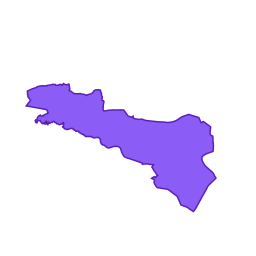 outline of Isidro Fabela, México, Mexico, rotated 217°
{"feature_id": "50627088B86808521330602", "entity_name": "Isidro Fabela", "entity_type": "district", "adm_level": 2, "iso_a3": "MEX", "parent_name": "Mexico", "parent_adm1": "México", "projection": "natural_earth1", "projection_center": [-99.413, 19.552], "detail": "fine", "context": "isolated", "style": "filled", "palette": "violet", "viewbox_px": 256, "rotation_deg": 217, "n_neighbors": 0, "source": "geoboundaries", "source_scale": "gbopen_adm2", "svg_char_len": 5732}
<svg xmlns="http://www.w3.org/2000/svg" viewBox="0 0 256 256"><g transform="rotate(217 128 128)"><path d="M227.0,93.1L226.8,92.7L222.5,91.5L222.6,84.4L204.1,93.7L201.2,92.3L201.5,92.1L201.1,91.2L202.4,88.8L202.6,88.4L202.6,88.2L203.4,87.0L203.0,86.7L203.4,86.2L203.6,86.0L203.6,85.9L203.9,85.6L204.4,85.4L204.8,85.4L205.1,85.3L205.3,85.3L205.5,85.5L205.8,85.5L205.8,85.3L206.2,84.8L206.3,84.5L206.4,84.0L206.6,83.6L206.6,83.1L206.6,82.2L206.5,81.9L206.4,81.2L205.9,80.4L205.9,80.1L206.1,79.5L206.5,79.1L206.6,78.6L206.6,78.3L206.5,78.1L206.2,78.2L206.0,77.8L205.5,77.2L205.3,77.0L204.3,77.0L203.8,77.4L203.8,77.7L204.0,77.9L204.1,78.0L204.4,78.3L204.5,78.5L204.4,79.2L204.2,79.7L204.1,79.8L204.0,80.1L203.0,80.4L202.5,81.2L201.6,80.6L201.0,80.3L199.0,79.9L198.5,80.4L198.8,80.7L198.0,81.6L198.0,80.8L196.4,81.4L196.8,82.4L197.7,82.2L197.6,84.2L197.3,84.4L196.7,84.0L196.0,83.2L195.0,82.3L194.2,82.4L194.4,82.8L195.1,83.9L194.3,83.8L194.6,85.1L193.4,84.7L192.4,86.6L191.9,86.8L191.6,88.1L191.3,88.6L190.8,88.9L190.3,88.7L190.1,88.5L189.8,88.4L189.5,88.4L189.1,88.6L188.7,88.7L187.4,88.5L187.1,88.6L186.9,88.7L186.5,89.1L186.3,89.2L185.7,89.2L185.2,89.2L184.8,89.3L184.6,89.5L184.0,90.7L183.2,91.4L183.0,92.0L183.2,93.0L183.0,93.3L182.8,93.4L182.5,93.1L182.0,92.9L181.7,92.6L181.7,91.8L180.5,90.6L180.4,90.3L180.9,89.8L180.9,89.7L180.5,89.4L179.4,89.5L178.8,89.4L178.3,89.1L178.1,89.2L177.1,89.8L176.9,89.8L176.5,89.7L176.3,89.7L175.9,90.2L175.5,90.4L174.6,91.3L173.6,93.2L172.7,93.7L172.5,93.8L172.2,94.2L171.4,94.0L171.0,94.2L170.5,94.0L170.3,94.3L169.6,94.1L169.4,94.0L169.1,94.2L168.6,94.3L168.4,94.2L168.0,94.3L167.6,94.1L166.8,94.7L166.8,94.8L165.5,95.6L165.2,95.6L165.0,95.3L164.3,95.0L162.5,95.4L162.1,95.3L161.2,95.4L159.9,96.0L159.6,95.7L159.1,95.8L158.6,96.1L156.9,95.6L156.0,96.2L155.6,96.5L155.4,96.6L155.3,97.0L154.7,97.4L154.3,97.7L154.0,97.6L153.6,98.0L152.8,98.5L152.2,99.2L151.8,99.0L150.1,99.3L149.7,99.4L149.0,99.7L147.4,101.5L146.0,102.6L145.5,102.6L144.3,102.7L143.7,102.5L143.2,102.0L141.6,100.4L141.1,100.1L140.6,99.7L140.4,99.6L140.0,99.5L139.2,99.2L138.8,99.2L137.9,99.3L137.6,99.4L136.8,99.9L136.4,99.9L135.3,99.9L133.8,99.7L133.0,99.8L131.7,100.2L131.3,100.5L130.1,102.0L128.3,104.7L127.1,105.7L125.4,106.9L124.6,107.2L123.2,107.5L122.5,107.5L121.8,107.2L119.3,105.5L118.8,105.0L117.3,104.2L115.9,103.6L115.1,103.4L113.8,102.9L112.5,103.0L111.7,103.2L108.0,104.5L107.1,104.8L100.2,107.1L98.2,107.7L97.5,107.9L97.0,108.1L96.0,108.5L94.6,107.7L93.6,108.9L92.2,109.8L91.4,110.8L89.8,111.6L88.8,111.9L85.6,114.0L85.4,111.2L84.1,110.7L82.1,109.8L80.1,109.2L78.4,108.6L75.7,107.9L76.3,107.4L76.1,106.6L76.2,106.3L76.1,106.0L76.4,105.7L76.2,105.1L76.9,105.0L77.3,104.5L77.7,104.8L78.1,104.2L78.8,102.4L78.9,101.9L78.6,101.9L78.0,102.1L77.2,102.3L76.0,102.4L75.6,102.2L75.1,102.0L74.9,101.1L74.5,100.3L74.0,99.9L72.9,99.3L72.4,99.1L72.1,98.9L71.3,98.6L69.6,98.1L68.9,98.0L68.5,98.1L68.2,98.3L59.3,103.0L47.5,103.0L39.4,98.4L37.4,99.0L34.8,99.8L34.0,100.0L33.8,100.2L32.4,100.3L28.5,100.4L25.5,100.7L25.4,103.4L25.6,104.0L25.6,105.5L25.7,106.2L25.9,106.8L26.2,109.6L26.6,111.8L27.0,114.8L27.3,116.8L27.8,120.4L28.6,126.6L29.0,128.3L29.2,130.4L27.6,140.9L28.3,141.3L29.0,141.4L29.7,141.7L32.0,142.9L34.4,143.6L35.3,143.7L35.7,143.6L37.1,143.7L38.4,143.8L40.6,144.0L42.3,144.1L44.1,144.4L46.4,145.3L48.2,146.1L48.7,146.4L50.5,147.8L50.7,148.2L51.2,149.0L51.3,149.2L51.4,150.6L51.1,151.5L50.3,153.8L49.9,154.5L48.6,156.6L46.5,159.7L46.2,160.2L46.1,160.5L46.2,160.9L46.8,161.9L49.1,165.2L49.9,166.2L53.4,170.0L54.4,171.6L55.6,172.5L56.3,172.3L56.6,172.3L57.2,172.1L57.7,172.2L58.3,172.5L58.7,172.7L59.6,173.7L60.0,174.1L61.9,177.3L62.2,177.9L62.7,178.6L66.9,178.6L70.0,178.6L71.5,178.5L71.8,178.4L72.1,178.1L72.4,176.9L72.5,176.3L73.2,176.4L77.8,179.0L80.9,177.8L87.8,175.3L91.6,169.5L92.3,167.8L93.0,165.6L93.6,163.9L94.6,161.8L94.6,161.6L95.1,161.2L96.6,159.1L98.0,157.8L99.0,156.7L100.6,155.6L101.0,155.5L101.7,155.0L102.5,154.6L107.5,151.2L115.8,146.2L116.7,145.7L118.2,144.8L120.7,143.9L121.4,143.8L121.7,143.7L122.2,143.3L122.7,143.1L123.5,142.3L123.8,141.9L126.0,140.6L127.7,139.7L128.3,139.5L129.0,139.3L129.6,139.0L130.6,140.1L131.1,140.5L131.6,138.7L132.3,138.6L133.4,138.2L135.1,137.6L142.2,139.8L144.8,138.0L147.7,135.7L148.3,135.2L151.1,133.2L152.3,132.1L153.7,131.0L154.7,129.9L156.2,128.2L157.8,127.0L158.6,127.5L159.2,127.9L160.0,129.1L160.4,130.0L161.3,131.1L161.9,132.1L162.6,133.7L162.7,134.2L164.0,135.1L164.5,134.4L165.6,134.6L165.8,134.7L166.1,135.2L166.3,135.8L166.4,136.1L166.7,136.6L167.3,137.4L167.8,137.7L168.7,138.1L169.1,138.4L169.7,139.4L172.1,140.9L172.6,141.6L172.8,141.7L173.4,141.4L173.9,141.0L174.7,140.7L175.1,140.4L175.9,139.8L176.6,139.1L176.9,138.8L177.4,137.8L177.6,137.2L177.4,135.3L177.4,134.9L177.6,134.4L178.0,133.5L178.2,133.0L180.5,129.9L180.5,129.2L182.6,128.7L184.2,128.0L185.0,127.4L186.3,126.9L186.9,126.8L188.3,125.4L190.6,123.8L191.0,123.6L191.6,123.1L192.2,123.1L192.7,122.9L193.9,123.0L195.7,123.0L197.6,122.6L197.9,123.4L197.9,124.2L200.2,126.2L200.9,126.9L201.1,127.2L201.6,127.5L201.9,127.4L202.4,126.3L202.7,125.9L203.3,125.3L203.6,125.2L205.0,124.7L205.8,124.7L206.2,124.8L206.4,124.6L206.1,123.9L206.0,123.5L206.4,122.3L207.1,122.6L207.3,122.6L208.0,122.4L208.3,122.2L208.8,121.6L209.2,120.8L209.3,120.2L209.6,120.0L209.8,119.9L210.7,119.1L211.0,118.9L211.6,118.7L212.1,119.1L212.3,119.1L213.2,118.1L213.5,118.0L214.0,118.0L214.2,117.8L214.5,117.5L214.9,116.8L215.2,116.5L215.4,116.2L215.9,115.5L216.6,115.0L217.8,113.7L218.1,113.1L218.4,113.1L220.3,110.9L221.0,110.9L223.9,108.2L224.1,107.8L225.4,106.4L225.5,105.4L225.8,104.8L228.0,101.7L230.6,96.9L228.1,94.0L227.1,93.6L227.0,93.4L227.0,93.1Z" fill="#8b5cf6" stroke="#5b21b6" stroke-width="1.5"/></g></svg>